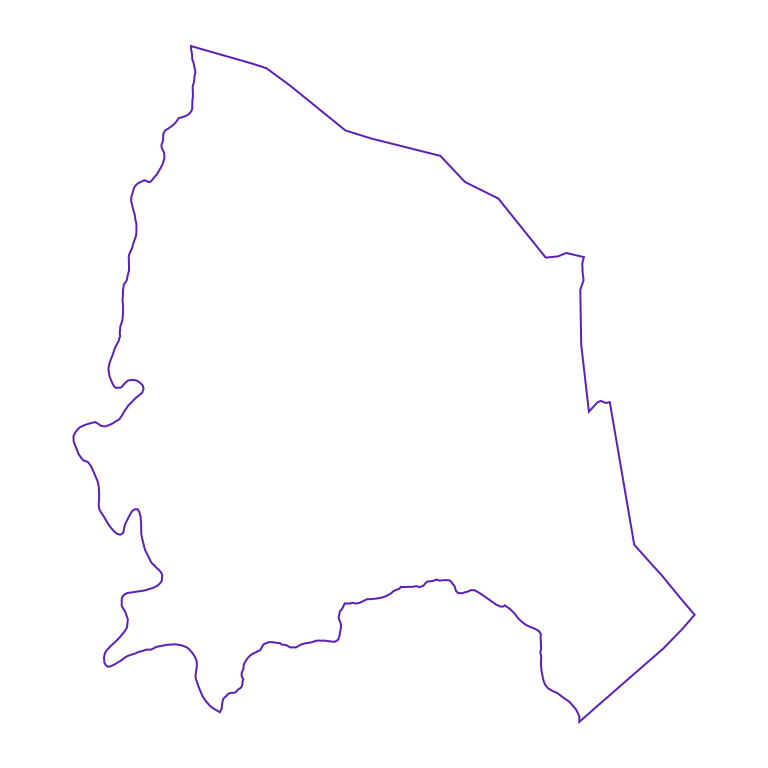 San Vicente Coatlán, Oaxaca, Mexico (Natural Earth projection)
{"feature_id": "50627088B21982561063626", "entity_name": "San Vicente Coatlán", "entity_type": "district", "adm_level": 2, "iso_a3": "MEX", "parent_name": "Mexico", "parent_adm1": "Oaxaca", "projection": "natural_earth1", "projection_center": [-96.852, 16.376], "detail": "fine", "context": "isolated", "style": "outline", "palette": "violet", "viewbox_px": 768, "rotation_deg": 0, "n_neighbors": 0, "source": "geoboundaries", "source_scale": "gbopen_adm2", "svg_char_len": 5923}
<svg xmlns="http://www.w3.org/2000/svg" viewBox="0 0 768 768"><path d="M191.0,46.1L191.2,50.1L191.3,50.2L192.1,55.5L192.3,59.6L193.5,62.6L194.3,66.5L195.5,72.2L194.4,76.3L194.4,78.7L194.0,81.7L193.4,84.1L192.7,86.4L192.7,88.3L192.8,90.1L192.7,91.8L193.0,94.5L192.7,98.6L192.4,100.1L192.3,105.5L192.2,108.9L191.2,111.3L190.0,113.0L188.2,114.6L184.9,116.3L180.7,117.6L178.5,118.2L176.8,121.0L174.2,124.1L171.6,126.2L168.5,128.4L165.0,130.6L163.9,132.5L163.2,135.0L163.2,138.5L162.7,141.7L161.4,145.2L161.8,148.0L163.2,150.9L163.9,152.2L164.2,153.8L164.4,158.3L162.5,164.5L160.7,167.9L158.7,171.2L156.7,174.6L154.6,176.9L151.1,181.3L149.1,182.2L144.4,180.2L141.2,181.7L138.0,183.3L135.8,185.2L134.0,188.0L133.2,190.8L131.5,196.4L131.1,200.9L132.1,205.0L133.4,210.5L134.7,214.5L135.3,219.2L136.4,224.0L136.4,228.2L136.4,232.0L136.0,235.8L134.2,240.9L132.9,244.7L132.2,247.9L130.4,251.5L129.1,254.7L128.7,257.8L128.9,261.8L129.0,265.5L129.0,270.5L127.7,275.4L126.8,280.2L123.8,284.6L123.1,289.6L122.9,295.2L122.5,300.0L123.0,305.0L123.1,309.1L123.0,313.2L122.7,317.6L122.1,321.7L121.0,324.3L120.2,327.4L120.0,330.2L119.7,333.5L120.2,336.3L119.4,338.0L118.9,340.5L116.8,344.4L115.3,347.1L113.8,351.2L113.0,353.9L112.1,356.3L110.8,359.5L109.2,364.3L108.4,369.2L109.5,375.9L110.7,379.4L112.5,383.5L113.9,386.1L116.0,387.9L118.1,387.7L121.0,387.6L122.9,385.5L125.5,382.7L127.8,380.6L130.8,380.1L133.6,379.9L136.8,380.6L139.9,382.6L142.5,385.2L143.6,388.6L142.2,392.7L137.1,396.9L134.4,399.2L131.6,402.2L128.1,405.8L125.9,409.1L123.9,412.0L121.6,416.0L119.3,419.3L115.7,421.4L112.0,423.8L108.3,425.3L105.2,426.4L101.2,426.0L98.8,424.2L95.2,422.1L91.9,422.9L88.5,423.8L85.4,424.8L82.9,425.9L79.8,427.3L76.8,430.4L74.7,433.5L73.4,436.6L73.7,441.6L76.2,448.0L78.9,454.7L81.6,458.4L83.0,460.3L85.2,460.9L88.0,462.2L90.8,465.8L93.2,470.9L95.4,476.2L97.7,481.5L98.8,487.1L99.1,492.9L99.1,499.2L98.7,504.8L99.2,509.1L100.8,512.0L104.6,517.8L108.3,524.2L111.0,527.9L114.4,531.6L117.4,534.0L120.3,534.7L123.1,533.0L123.9,529.5L125.0,524.5L127.1,520.2L130.1,514.5L131.4,512.1L133.0,510.4L135.2,509.2L137.8,509.3L139.4,512.2L140.5,516.3L141.1,522.1L141.2,526.2L141.2,530.4L141.2,533.5L141.9,537.3L142.7,540.7L144.0,546.0L145.0,549.7L146.5,553.0L148.7,557.0L150.3,560.6L151.7,563.0L153.7,564.8L155.9,567.2L159.0,570.0L161.3,572.8L162.2,575.1L161.8,580.8L160.4,582.9L158.0,585.3L153.6,587.7L148.4,589.3L144.4,590.5L139.8,591.2L136.9,591.6L134.6,592.0L131.2,592.5L127.8,592.9L124.9,594.2L123.0,595.9L121.8,598.6L121.7,601.3L121.7,605.6L122.7,607.8L125.0,611.2L126.4,615.2L127.8,619.2L127.5,623.2L126.9,627.7L124.6,631.5L122.0,634.5L119.5,637.6L116.0,641.2L113.0,643.9L110.2,646.5L108.3,648.6L105.9,651.3L104.8,653.7L104.0,657.2L104.3,662.4L105.6,664.9L107.5,666.6L110.2,666.5L113.1,665.1L115.8,663.7L117.7,662.5L119.7,661.3L121.6,660.2L122.9,659.0L125.4,657.2L128.0,655.8L131.2,654.7L133.6,654.0L136.2,653.1L138.3,652.0L141.9,651.1L147.1,649.5L150.8,649.7L152.9,648.7L156.4,646.9L159.2,646.3L163.5,645.5L167.8,644.7L171.3,644.6L174.6,644.3L177.4,644.6L180.4,645.1L182.9,645.8L186.7,647.3L189.3,649.4L192.7,653.3L195.1,657.2L196.7,661.4L196.9,665.9L196.2,670.6L195.7,674.5L195.5,676.2L195.8,678.7L197.1,682.4L198.4,686.2L200.3,691.0L202.8,696.6L205.9,701.2L210.0,705.9L213.6,708.6L217.8,711.0L219.9,712.2L221.7,708.3L222.1,704.4L222.7,700.8L223.8,698.2L226.4,695.9L228.4,693.7L231.3,692.8L234.1,692.8L235.9,692.1L237.0,690.6L238.3,689.3L240.5,688.1L242.0,686.0L242.5,683.5L242.5,681.5L243.4,679.1L242.1,677.3L241.5,674.6L241.9,672.6L242.5,670.5L243.4,669.2L243.5,667.0L243.9,664.3L245.1,662.0L246.1,660.3L248.0,657.7L250.1,655.5L252.6,653.8L255.7,652.4L257.9,651.1L260.1,650.3L261.5,647.9L262.4,646.1L263.8,644.3L266.5,643.0L269.2,642.1L272.0,642.1L274.3,642.5L277.7,643.0L280.0,643.1L281.2,644.3L283.0,644.7L286.4,645.1L288.9,646.7L290.8,647.5L293.6,647.3L295.9,647.5L298.9,645.6L301.4,644.4L304.7,643.4L307.8,642.9L311.3,642.4L313.6,641.6L315.9,640.9L317.9,640.5L321.4,640.7L324.9,640.6L328.6,641.2L332.2,641.6L334.7,641.8L336.2,641.0L338.0,639.8L338.8,637.9L339.7,635.2L339.9,632.7L341.0,627.4L341.0,624.6L340.1,621.6L339.0,619.3L338.6,617.1L339.3,614.6L339.9,611.2L341.1,610.2L342.5,608.0L343.5,606.0L344.7,603.4L349.0,603.6L352.9,602.8L356.3,603.6L359.5,602.8L363.4,601.0L365.3,600.1L367.4,599.1L371.8,599.1L376.5,598.5L379.7,598.0L383.3,597.2L387.3,595.5L391.3,593.2L393.1,591.4L395.7,590.1L399.4,588.7L400.8,587.0L404.0,587.0L407.2,586.9L412.3,586.9L415.7,586.2L417.2,586.3L419.3,587.2L423.4,585.8L425.0,583.7L427.2,581.6L430.2,581.3L432.7,581.0L434.7,580.3L436.2,579.5L439.6,580.6L442.5,580.3L445.9,580.1L449.1,580.3L450.8,581.3L452.8,584.0L454.8,586.7L455.5,589.3L456.1,591.2L458.4,593.1L462.5,593.2L464.8,592.3L468.1,591.5L470.5,590.2L474.5,590.2L477.9,592.1L481.6,594.4L485.3,596.9L488.8,599.4L491.9,601.6L496.1,604.6L500.6,606.6L503.5,606.5L504.7,605.3L507.7,607.5L509.4,608.5L512.8,611.7L515.0,613.8L516.9,616.7L518.8,619.0L521.3,621.3L523.1,622.7L525.9,624.9L530.7,627.2L534.8,628.7L539.1,631.2L540.8,634.1L540.6,637.6L540.8,641.1L541.0,644.7L541.1,648.5L540.7,650.8L540.3,652.7L540.7,654.2L541.2,656.2L540.9,662.0L541.1,666.2L541.2,667.3L541.6,671.4L542.5,675.9L543.5,680.4L544.9,684.2L545.1,684.6L547.7,688.0L551.7,690.6L553.3,691.3L557.2,693.0L561.8,696.5L565.8,699.4L569.5,701.9L573.5,706.5L574.2,707.4L576.0,709.5L577.7,712.8L579.4,716.8L579.3,721.9L584.3,717.5L587.1,715.0L592.9,709.9L595.7,707.4L599.9,703.8L663.3,648.5L682.5,628.8L694.6,614.8L681.8,599.8L661.4,574.9L653.4,566.2L637.7,548.6L634.2,544.7L631.8,530.5L621.0,467.6L609.8,402.2L605.8,403.0L600.7,400.9L597.3,402.5L588.9,411.7L581.2,344.5L580.3,289.7L583.5,280.4L583.2,276.5L582.5,271.9L582.6,268.5L582.2,264.9L582.5,262.5L583.9,257.1L566.2,253.0L557.9,256.4L545.7,257.6L499.1,199.5L498.4,198.6L465.0,182.0L445.0,160.8L442.9,158.6L440.4,155.9L371.6,138.6L345.5,130.5L289.8,85.4L266.4,68.2L252.5,63.7L191.0,46.1Z" fill="none" stroke="#5b21b6" stroke-width="2"/></svg>